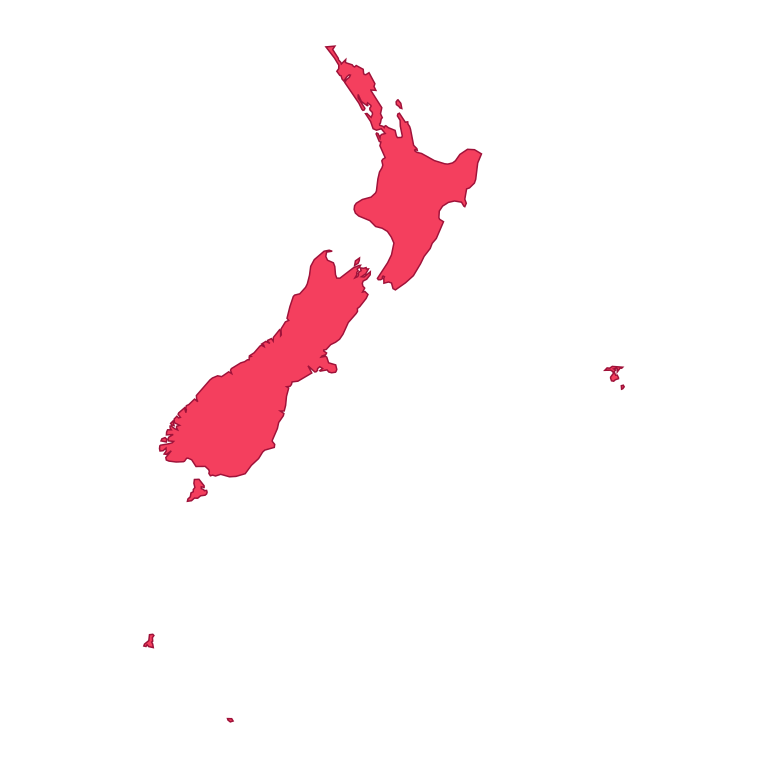 an SVG outline of New Zealand
{"feature_id": "NZL", "entity_name": "New Zealand", "entity_type": "country or territory", "adm_level": 0, "iso_a3": "NZL", "parent_name": "Oceania", "parent_adm1": "", "projection": "mercator", "projection_center": [173.207, -30.558], "detail": "fine", "context": "isolated", "style": "filled", "palette": "rose", "viewbox_px": 768, "rotation_deg": 0, "n_neighbors": 0, "source": "natural_earth", "source_scale": "50m", "svg_char_len": 6100}
<svg xmlns="http://www.w3.org/2000/svg" viewBox="0 0 768 768"><path d="M336.8,278.1L339.9,278.2L353.4,267.8L359.0,265.5L360.5,265.3L359.2,267.6L357.5,268.4L357.2,269.3L358.1,270.6L356.7,272.6L356.7,275.0L355.0,277.8L357.7,276.6L358.6,274.8L358.1,273.8L359.3,271.7L361.1,270.7L360.4,267.9L363.6,268.3L366.1,267.6L366.4,269.0L368.5,268.9L365.7,273.8L361.4,276.7L364.1,277.0L370.3,271.8L370.2,274.8L366.7,279.2L363.1,281.1L362.3,283.4L362.9,286.1L364.7,288.1L362.6,292.0L364.9,291.5L368.0,294.5L366.2,298.4L359.7,306.7L357.4,308.5L357.5,311.4L356.1,313.6L348.3,322.5L343.0,334.2L339.6,339.2L335.6,342.2L330.7,344.6L326.2,349.5L323.7,350.0L323.7,351.0L326.6,353.0L325.7,354.7L322.0,356.0L321.1,357.1L325.5,356.3L326.8,357.2L328.6,362.8L335.7,364.9L336.8,369.4L336.2,371.1L335.5,372.2L331.6,372.8L328.8,372.0L327.0,369.9L320.4,371.1L319.7,370.7L322.6,368.5L319.8,366.7L317.6,368.6L317.3,370.5L316.4,371.6L314.9,372.0L308.0,365.8L311.8,373.0L297.9,381.2L292.1,381.9L291.4,384.6L290.0,386.3L286.7,386.7L288.7,388.1L286.5,396.3L285.6,405.5L284.2,411.0L280.3,411.0L283.9,413.5L283.3,415.8L278.7,422.5L277.4,428.5L272.3,440.3L272.3,441.4L274.7,444.4L274.3,447.4L264.8,450.1L262.6,452.1L258.6,458.6L251.4,465.3L245.2,473.7L236.0,476.4L229.5,476.8L220.7,474.3L215.5,476.0L212.6,475.1L210.4,475.8L208.9,473.5L209.3,471.3L208.7,469.7L205.2,466.4L196.0,466.5L191.7,459.8L187.9,458.1L186.6,458.3L184.5,461.2L183.3,461.7L176.2,462.0L169.0,461.1L166.3,460.0L165.8,457.5L171.3,450.8L166.3,454.4L164.1,454.0L166.2,451.0L166.0,448.1L163.1,450.7L160.0,451.0L159.5,448.7L159.8,445.9L160.5,445.2L169.1,443.7L172.2,442.8L173.6,441.4L168.4,440.9L168.1,438.8L168.8,437.2L173.2,434.5L166.4,434.9L166.6,432.1L167.6,429.8L171.3,429.8L170.2,428.2L170.0,426.1L171.0,425.9L174.9,428.8L177.6,429.9L176.5,427.7L176.6,426.3L179.6,425.3L174.4,422.7L174.2,419.0L176.9,416.2L178.5,417.9L180.4,417.4L178.1,414.2L178.7,412.9L184.5,407.8L185.9,412.7L186.4,409.5L185.7,408.2L186.4,405.7L188.9,404.5L194.5,399.1L197.8,401.7L196.6,398.9L196.4,395.5L210.0,379.9L212.4,378.0L217.6,375.8L221.7,376.6L228.7,371.8L231.7,373.6L230.5,370.2L231.4,368.6L240.7,362.9L244.6,361.7L247.4,359.8L249.2,359.7L249.2,356.9L251.1,356.4L249.8,355.6L254.1,352.8L260.0,346.0L261.6,345.3L264.2,346.7L263.6,345.0L261.7,344.0L265.8,341.4L269.9,343.4L267.9,341.5L267.6,340.4L271.4,338.6L273.2,341.1L273.4,337.4L279.5,329.8L280.6,331.4L280.6,335.8L281.3,335.0L281.0,329.0L285.4,321.9L288.7,320.4L287.0,318.3L289.9,306.7L293.3,296.5L294.6,295.1L299.8,293.8L305.6,287.3L307.3,283.9L309.5,275.3L310.7,266.3L314.3,259.6L324.1,251.2L329.2,250.2L332.2,251.2L326.6,252.1L325.8,256.4L327.5,260.2L333.4,262.8L334.8,266.5L335.5,274.7L336.8,278.1ZM340.9,62.5L341.3,64.0L345.7,59.6L345.4,62.3L346.3,62.9L352.2,64.8L353.4,66.4L354.7,66.9L356.2,65.5L363.2,69.3L363.6,73.2L364.2,74.4L365.8,74.7L369.0,72.7L374.9,83.7L374.0,86.5L375.9,90.4L370.9,90.0L371.0,90.7L381.8,107.7L380.5,113.7L382.3,117.7L381.2,119.0L380.4,123.1L379.6,123.8L379.7,125.3L383.1,126.4L384.2,127.6L384.9,126.1L385.8,125.7L388.4,127.7L395.1,130.4L396.4,135.9L397.4,137.6L401.6,137.4L402.3,136.0L400.3,126.2L400.1,120.3L397.4,115.9L397.8,114.0L399.4,113.2L405.3,122.2L407.7,121.8L408.0,124.1L409.6,126.5L410.5,129.2L413.6,145.3L416.9,148.7L417.3,150.3L415.2,149.5L414.6,150.0L414.8,150.8L416.7,152.3L421.6,153.5L434.4,160.6L444.8,163.8L447.8,164.1L452.6,162.9L455.4,160.8L459.9,154.4L467.5,149.3L474.5,149.7L481.5,153.9L477.7,163.0L475.7,179.4L474.4,183.1L469.5,187.9L466.6,188.9L464.8,199.2L466.3,203.3L464.8,206.7L463.9,206.2L461.5,202.2L454.5,201.0L448.4,202.4L442.6,206.1L439.3,211.1L438.9,217.6L439.6,219.3L443.5,221.7L436.3,238.5L432.2,243.3L430.2,248.5L424.1,256.4L420.5,263.8L413.4,275.7L405.5,282.8L395.4,289.9L393.0,288.6L391.5,283.0L388.6,282.0L383.9,283.2L383.8,278.0L384.5,276.8L383.5,276.1L382.6,276.3L382.3,277.5L382.9,278.5L380.6,279.7L378.3,279.7L377.4,278.4L387.6,262.8L391.5,254.8L393.9,243.1L391.3,237.1L387.4,231.4L382.1,228.2L375.6,226.5L369.8,220.6L358.7,216.0L355.4,213.1L354.1,209.4L354.6,205.7L356.3,203.2L362.3,199.5L371.1,197.1L375.5,193.0L376.4,191.1L377.9,178.9L379.5,172.0L382.0,167.7L382.8,165.1L381.8,160.8L382.8,159.2L385.2,157.7L379.9,145.7L380.9,142.0L379.3,141.5L376.1,133.9L376.7,133.0L378.0,133.6L380.0,137.9L380.3,135.7L381.9,134.3L385.2,133.5L381.3,128.8L376.5,130.2L373.1,128.7L370.6,121.5L365.5,113.7L367.0,113.5L371.1,117.4L372.5,114.3L372.3,112.4L369.9,109.9L369.8,108.1L371.0,106.5L370.9,105.4L367.6,102.8L367.1,103.9L367.8,105.5L367.2,105.7L361.4,101.5L358.1,94.4L358.2,98.0L364.9,108.3L364.3,109.9L363.0,110.4L361.9,109.3L358.9,103.2L344.7,82.4L346.5,79.6L349.4,77.3L350.4,75.1L349.2,74.8L347.0,76.5L343.8,81.0L342.1,79.1L341.0,75.7L339.8,75.4L336.8,71.3L338.7,68.7L338.8,65.2L334.5,58.1L325.9,46.9L334.9,46.1L332.7,49.5L338.3,58.3L338.5,59.8L340.9,62.5ZM204.1,485.8L204.1,487.4L201.3,486.8L201.3,488.6L203.5,489.5L204.4,490.7L206.6,490.4L207.1,492.2L206.6,493.9L205.1,495.2L200.6,495.8L197.7,498.2L194.4,498.1L191.5,500.7L187.4,501.3L187.9,499.0L190.3,496.8L191.0,492.9L193.3,491.7L193.3,489.5L194.9,487.5L193.9,483.3L194.4,479.5L199.0,479.3L204.1,485.8ZM622.7,367.2L621.7,368.2L620.1,368.1L617.3,371.9L617.4,369.1L616.6,368.0L613.7,368.9L615.7,370.0L614.1,371.7L615.7,375.2L617.2,375.1L618.5,377.8L618.5,378.7L615.4,379.7L613.7,381.2L611.5,380.8L610.6,378.2L610.6,377.1L613.5,373.2L612.6,371.4L610.5,370.2L604.8,370.3L607.1,367.9L609.6,368.2L612.3,366.4L622.7,367.2ZM152.7,644.0L153.3,647.6L148.7,646.6L147.1,644.7L146.0,646.5L143.8,646.0L144.5,644.1L148.8,640.6L149.5,634.7L152.8,634.3L153.9,635.5L152.4,637.7L152.7,641.2L151.6,642.1L152.7,644.0ZM400.8,103.3L401.8,108.5L399.8,107.8L399.0,106.5L396.4,104.6L396.1,101.9L397.5,100.0L398.0,99.8L400.8,103.3ZM358.1,263.3L354.6,265.4L355.4,260.9L359.5,258.0L359.3,260.6L358.1,263.3ZM166.7,439.2L166.3,442.0L161.0,440.9L161.9,438.8L165.1,437.6L166.7,439.2ZM231.7,718.7L233.1,721.0L230.3,721.9L228.0,720.1L227.5,718.6L231.7,718.7ZM172.9,421.1L174.1,425.6L171.6,424.8L170.6,423.4L172.9,421.1ZM622.7,388.8L621.6,389.2L621.3,385.7L623.3,385.2L624.2,386.8L622.7,388.8Z" fill="#f43f5e" stroke="#9f1239" stroke-width="1.5"/></svg>